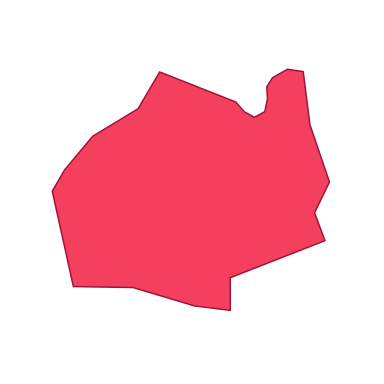 the border of Buhweju, rotated 344°
{"feature_id": "UGA-5624", "entity_name": "Buhweju", "entity_type": "District", "adm_level": 1, "iso_a3": "UGA", "parent_name": "Uganda", "parent_adm1": "", "projection": "natural_earth1", "projection_center": [30.364, -0.352], "detail": "fine", "context": "isolated", "style": "filled", "palette": "rose", "viewbox_px": 384, "rotation_deg": 344, "n_neighbors": 0, "source": "natural_earth", "source_scale": "10m", "svg_char_len": 453}
<svg xmlns="http://www.w3.org/2000/svg" viewBox="0 0 384 384"><g transform="rotate(344 192 192)"><path d="M194.0,67.7L258.9,117.6L264.3,129.2L272.6,137.4L284.1,134.8L290.2,123.2L292.9,111.5L300.9,104.3L317.7,100.3L332.1,107.0L323.9,160.0L326.9,220.3L304.1,245.7L306.4,275.4L205.2,284.9L196.2,316.3L163.1,302.3L109.0,267.6L51.9,250.2L57.9,152.7L75.9,135.4L112.0,111.0L163.1,97.1L194.0,67.7Z" fill="#f43f5e" stroke="#9f1239" stroke-width="1.5"/></g></svg>